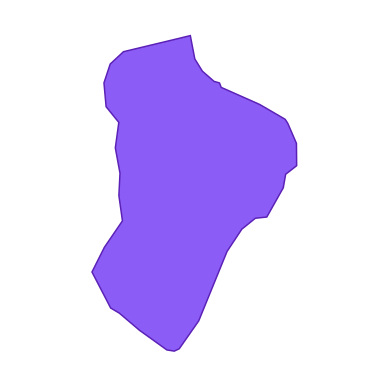 the district of Santa Catarina Barahona, Sacatepéquez, Guatemala, rotated 82°
{"feature_id": "79465075B35254467846514", "entity_name": "Santa Catarina Barahona", "entity_type": "district", "adm_level": 2, "iso_a3": "GTM", "parent_name": "Guatemala", "parent_adm1": "Sacatepéquez", "projection": "robinson", "projection_center": [-90.807, 14.557], "detail": "fine", "context": "isolated", "style": "filled", "palette": "violet", "viewbox_px": 384, "rotation_deg": 82, "n_neighbors": 0, "source": "geoboundaries", "source_scale": "gbopen_adm2", "svg_char_len": 598}
<svg xmlns="http://www.w3.org/2000/svg" viewBox="0 0 384 384"><g transform="rotate(82 192 192)"><path d="M36.9,171.9L43.5,240.3L53.9,255.2L71.7,264.0L95.6,265.2L112.9,254.8L137.7,261.8L163.4,260.7L185.3,264.9L210.9,264.9L234.5,286.4L257.3,302.2L285.3,292.3L295.6,288.7L301.8,280.9L321.8,263.1L344.9,238.9L347.1,231.7L345.5,226.5L320.6,203.3L255.8,165.6L235.7,147.8L226.8,132.9L227.2,121.4L200.5,101.0L187.5,96.8L180.5,84.7L158.4,81.8L137.3,87.6L133.0,89.6L114.8,112.7L92.5,148.5L87.8,149.6L85.5,154.8L73.8,164.9L60.6,170.7L36.9,171.9Z" fill="#8b5cf6" stroke="#5b21b6" stroke-width="1.5"/></g></svg>